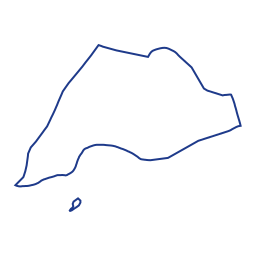 outline of Ar Ryashyyah, Al Bayda', Yemen
{"feature_id": "15242507B53614769353350", "entity_name": "Ar Ryashyyah", "entity_type": "district", "adm_level": 2, "iso_a3": "YEM", "parent_name": "Yemen", "parent_adm1": "Al Bayda'", "projection": "orthographic", "projection_center": [44.764, 14.23], "detail": "fine", "context": "isolated", "style": "outline", "palette": "blue", "viewbox_px": 256, "rotation_deg": 0, "n_neighbors": 0, "source": "geoboundaries", "source_scale": "gbopen_adm2", "svg_char_len": 2989}
<svg xmlns="http://www.w3.org/2000/svg" viewBox="0 0 256 256"><path d="M15.4,185.2L16.4,185.7L17.6,186.0L18.8,186.3L19.8,186.4L21.0,186.4L22.1,186.2L23.3,186.1L24.4,186.1L25.6,186.0L26.7,186.0L28.0,185.9L29.2,185.7L30.5,185.4L31.7,185.1L32.8,184.9L33.9,184.6L34.9,184.3L36.0,183.9L37.0,183.4L38.4,182.8L39.3,182.1L40.4,181.4L41.3,180.6L42.4,180.1L43.9,179.4L45.0,179.1L46.4,178.6L47.6,178.2L48.7,177.8L49.7,177.5L51.1,177.2L52.2,176.9L53.2,176.6L54.2,176.3L55.2,175.9L56.6,175.4L57.6,175.1L58.8,175.1L59.9,175.1L61.0,175.1L62.2,175.0L63.4,175.1L64.6,175.2L65.7,175.4L67.1,175.0L68.0,174.4L69.2,173.8L70.4,173.1L71.6,172.3L72.5,171.6L73.3,170.7L73.9,169.8L74.5,168.8L75.0,167.9L75.3,167.3L75.8,166.1L76.2,164.7L76.7,163.4L77.0,162.2L77.4,161.1L77.8,160.0L78.3,158.8L78.8,157.8L79.2,156.6L79.9,155.7L80.5,154.6L81.3,153.7L81.9,152.8L82.5,151.8L83.0,150.9L83.2,150.6L83.6,150.0L84.4,149.2L85.5,148.5L86.6,148.1L87.6,147.8L88.6,147.2L89.5,146.8L90.6,146.4L91.8,146.0L92.9,145.6L93.9,145.3L95.2,145.0L96.7,144.8L97.4,144.8L98.4,144.8L99.9,144.8L101.0,144.8L102.0,144.8L103.2,144.8L104.5,144.9L106.0,145.1L107.3,145.2L108.3,145.3L110.9,145.5L112.9,145.8L115.5,146.4L116.0,146.6L116.4,146.8L117.8,147.2L118.7,147.6L119.8,148.0L120.3,148.2L121.0,148.5L122.7,149.0L123.5,149.3L124.4,149.7L125.2,150.0L126.1,150.4L126.6,150.6L127.5,151.1L128.4,151.5L128.9,151.6L129.3,151.9L131.7,153.0L133.4,154.0L135.8,155.6L137.6,156.8L139.1,158.1L139.6,158.4L140.7,159.1L142.1,159.4L143.8,159.6L144.3,159.7L145.5,159.8L146.2,159.9L146.9,160.0L148.1,160.1L149.2,160.1L149.6,160.2L150.5,160.2L168.0,157.9L189.3,145.9L198.3,140.8L227.8,131.3L228.9,130.9L229.9,130.5L230.9,130.0L231.8,129.4L232.9,128.8L234.2,128.1L235.2,127.6L236.3,127.0L237.3,126.6L238.3,126.2L239.5,126.0L240.6,125.8L239.9,122.9L239.5,121.6L239.4,121.1L238.8,119.2L238.3,117.5L237.6,115.2L236.9,112.7L236.3,110.3L235.7,108.1L235.0,105.9L234.6,104.1L234.0,102.2L233.4,100.4L232.7,98.4L231.9,96.6L231.1,94.7L230.1,94.5L228.2,94.7L226.3,94.9L224.4,95.0L222.7,95.4L207.4,90.6L203.9,88.5L191.6,67.4L179.8,56.7L179.6,56.5L178.2,55.1L176.8,53.5L175.2,52.1L173.6,51.1L171.9,50.3L170.3,49.5L168.6,48.7L166.8,48.1L166.5,48.0L164.5,47.8L162.7,47.9L160.3,48.3L158.0,48.9L156.2,49.4L154.3,50.1L152.5,50.9L151.1,52.1L150.0,53.5L149.0,55.2L148.0,56.9L116.4,50.4L102.3,46.5L101.9,46.2L98.6,45.1L98.4,45.3L91.8,54.4L91.6,54.7L91.0,55.5L88.8,58.3L88.7,58.4L88.1,59.2L85.6,62.3L82.2,66.8L81.1,68.1L80.2,69.2L73.5,77.3L68.7,83.0L65.8,87.1L62.8,91.4L61.8,93.8L58.4,101.6L56.9,105.4L56.3,106.7L54.9,110.0L52.9,114.3L51.2,117.7L49.8,120.8L49.5,121.3L49.4,121.6L47.1,126.4L44.1,130.4L42.9,132.1L39.2,137.1L35.9,141.6L33.1,144.8L30.8,147.4L28.1,153.6L27.9,156.1L26.6,165.5L25.3,171.2L23.8,175.9L23.3,177.2L15.4,185.2ZM70.5,210.8L71.8,210.3L74.2,208.6L75.6,207.7L76.3,207.3L78.9,205.4L80.4,202.6L80.4,200.6L79.1,199.4L78.0,198.4L73.6,201.6L72.7,203.9L73.3,206.3L72.4,207.8L71.0,208.8L69.8,210.5L70.1,210.9L70.5,210.8Z" fill="none" stroke="#1e3a8a" stroke-width="2"/></svg>